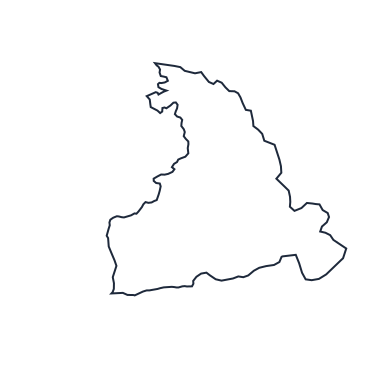 the district of Machang, Kelantan, Malaysia, rotated 245°
{"feature_id": "92858781B41710084977616", "entity_name": "Machang", "entity_type": "district", "adm_level": 2, "iso_a3": "MYS", "parent_name": "Malaysia", "parent_adm1": "Kelantan", "projection": "mercator", "projection_center": [102.272, 5.773], "detail": "fine", "context": "isolated", "style": "outline", "palette": "slate", "viewbox_px": 384, "rotation_deg": 245, "n_neighbors": 0, "source": "geoboundaries", "source_scale": "gbopen_adm2", "svg_char_len": 2547}
<svg xmlns="http://www.w3.org/2000/svg" viewBox="0 0 384 384"><g transform="rotate(245 192 192)"><path d="M134.1,76.1L129.8,86.7L126.0,90.0L123.2,95.7L122.5,96.4L122.5,105.5L122.0,109.2L120.8,111.9L120.2,114.2L118.7,119.8L118.3,122.5L117.5,126.1L114.6,133.6L113.3,135.8L112.1,137.5L111.2,139.4L110.6,143.3L109.8,145.6L108.5,147.5L107.7,149.4L106.5,152.1L108.3,154.5L110.9,155.5L113.3,160.2L114.2,165.8L112.8,171.0L109.1,172.9L102.9,176.6L99.2,181.3L96.3,192.6L95.9,198.3L93.1,202.5L92.6,207.7L94.5,214.8L94.9,220.9L93.5,227.9L91.2,235.5L91.6,241.6L95.4,245.8L95.4,246.8L91.2,259.5L82.2,259.0L72.3,257.6L64.8,258.1L61.5,263.2L59.6,270.3L60.6,278.8L67.0,297.5L67.2,298.1L68.1,300.9L75.6,307.9L88.8,299.9L94.5,299.0L98.7,295.7L102.0,291.5L105.8,295.2L107.6,301.4L111.4,305.6L115.6,306.1L120.4,302.8L126.9,302.3L128.8,299.0L130.7,296.2L133.5,291.5L131.2,284.4L131.6,276.9L137.3,274.5L141.5,276.9L146.2,278.8L152.4,280.2L157.5,278.3L168.4,274.1L171.7,281.1L177.8,283.5L184.4,284.9L199.9,286.8L207.9,279.2L215.0,280.2L220.6,278.3L225.8,275.5L230.5,277.3L240.8,279.7L243.7,275.5L251.2,275.5L257.3,275.9L262.0,275.5L265.3,273.1L267.7,268.4L272.8,266.5L278.5,265.1L281.7,262.3L282.3,261.8L280.8,257.1L284.6,253.8L292.1,251.9L296.8,251.0L298.3,244.9L304.9,236.6L310.1,234.2L313.7,229.3L324.4,212.9L321.7,213.5L319.6,214.6L316.5,214.8L314.0,213.1L310.3,212.7L308.8,214.8L306.8,217.3L303.0,217.1L302.8,213.6L303.7,210.2L304.7,208.6L304.1,206.7L301.2,205.9L298.3,207.9L294.7,211.7L294.9,208.8L294.7,205.4L294.5,202.8L296.4,202.8L297.8,201.3L298.0,191.5L293.7,192.8L289.1,191.3L286.4,190.5L280.4,195.1L277.0,196.5L277.5,199.0L280.6,200.7L280.2,202.8L278.7,204.2L279.5,209.0L280.8,212.9L280.0,215.2L277.1,215.8L274.1,213.8L272.1,211.5L269.8,209.4L266.7,210.4L264.4,212.9L261.5,213.6L259.0,211.7L256.3,210.2L252.3,211.1L249.4,210.8L246.1,208.1L242.8,208.8L239.4,210.0L236.9,209.0L233.6,206.7L228.6,205.0L226.8,200.9L227.2,196.1L227.2,193.2L225.5,191.1L225.1,187.6L223.0,184.3L220.1,185.7L218.5,182.8L218.5,178.0L219.3,174.5L220.9,171.4L220.7,167.2L220.3,162.9L218.2,162.0L215.3,163.3L213.3,166.4L210.4,166.0L206.8,163.3L203.9,160.8L199.6,156.6L199.8,153.9L199.6,151.0L200.6,147.9L202.5,145.6L201.4,142.7L199.5,140.2L196.9,135.2L195.8,132.5L196.9,130.8L196.6,126.9L197.7,119.6L198.9,117.6L200.8,115.3L201.8,113.6L202.0,109.7L201.4,106.3L199.3,104.3L196.6,103.4L193.9,100.9L188.4,96.2L185.7,96.5L177.8,93.5L171.2,93.2L162.8,92.9L157.0,92.3L152.8,88.4L148.3,84.2L142.3,82.7L137.2,80.2L134.8,77.8L134.1,76.1Z" fill="none" stroke="#1e293b" stroke-width="2"/></g></svg>